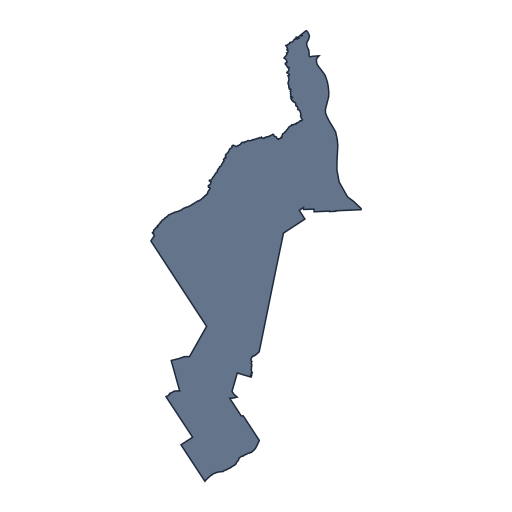 San Lorenzo, Santa Fe, Argentina (orthographic projection)
{"feature_id": "61730980B18182396698532", "entity_name": "San Lorenzo", "entity_type": "district", "adm_level": 2, "iso_a3": "ARG", "parent_name": "Argentina", "parent_adm1": "Santa Fe", "projection": "orthographic", "projection_center": [-60.967, -32.936], "detail": "fine", "context": "isolated", "style": "filled", "palette": "slate", "viewbox_px": 512, "rotation_deg": 0, "n_neighbors": 0, "source": "geoboundaries", "source_scale": "gbopen_adm2", "svg_char_len": 5993}
<svg xmlns="http://www.w3.org/2000/svg" viewBox="0 0 512 512"><path d="M319.1,55.8L312.4,56.3L310.1,56.8L309.5,56.6L309.2,56.1L309.0,51.5L308.6,49.6L307.4,47.2L306.9,45.8L306.7,43.3L307.1,42.0L308.6,39.3L309.1,37.6L309.4,35.9L308.7,33.9L307.7,32.1L306.5,30.7L305.9,30.8L302.0,33.9L301.9,34.6L302.2,35.5L301.9,35.9L301.4,35.9L301.2,35.6L301.4,34.6L301.1,34.6L298.8,36.7L298.6,37.3L299.2,38.0L298.7,38.3L297.1,37.1L296.1,37.1L296.1,37.7L297.3,38.7L297.3,38.9L295.0,38.7L294.7,39.4L293.6,40.1L293.1,41.3L292.5,41.9L289.9,42.5L289.7,42.6L289.5,43.7L288.1,44.3L287.2,45.2L286.3,45.2L285.8,45.5L287.5,48.0L287.6,48.5L286.9,49.3L286.8,49.8L287.9,50.2L288.0,51.5L287.8,52.2L286.6,52.8L287.1,53.9L285.8,56.0L284.3,57.5L284.0,58.1L285.7,59.2L286.2,59.9L286.7,61.3L287.2,62.0L286.9,62.5L285.6,62.9L285.2,63.7L285.3,64.1L287.2,66.4L287.5,67.4L287.9,67.7L288.9,67.3L289.1,67.7L288.6,70.8L286.8,72.5L287.1,73.0L288.2,73.4L289.5,74.8L289.2,75.3L288.0,75.6L288.1,76.3L288.8,77.7L289.0,79.2L288.0,83.2L288.4,84.6L288.9,85.4L288.7,86.9L289.4,89.2L289.7,89.3L290.5,89.0L290.9,89.5L290.9,90.3L290.2,91.6L290.7,92.3L290.5,94.0L290.9,95.7L290.6,96.6L292.1,96.9L292.5,97.3L292.2,97.7L290.9,98.2L290.8,98.6L291.3,99.0L292.1,100.6L292.9,100.9L293.2,101.7L293.6,102.0L294.1,101.7L294.3,101.9L295.4,103.2L295.9,104.1L295.8,105.5L296.3,106.1L296.9,106.4L297.7,107.5L298.0,108.6L297.7,109.4L298.4,109.9L299.2,110.1L299.8,110.8L300.6,112.9L300.6,114.0L301.0,114.6L300.9,115.1L300.5,115.8L300.5,116.1L301.0,116.8L301.3,118.4L302.4,119.4L302.3,120.1L301.1,121.0L300.3,120.6L298.6,122.2L297.6,122.8L296.5,123.0L296.5,123.7L296.1,124.0L295.3,123.8L294.2,124.4L293.5,124.5L292.7,125.2L291.9,124.7L291.6,124.8L291.2,125.7L289.7,126.4L288.9,127.1L287.3,129.5L286.6,130.0L286.0,131.2L285.0,131.8L284.4,132.9L282.6,133.9L282.1,135.9L281.5,136.4L281.9,137.4L281.7,137.8L280.6,137.8L280.1,138.6L278.9,138.7L278.5,139.5L278.1,139.4L277.4,138.4L276.8,138.2L276.4,137.7L276.2,136.9L275.2,136.4L274.7,136.4L274.2,136.2L273.6,134.6L273.0,134.2L271.3,135.3L270.0,135.7L269.6,136.2L268.9,136.2L268.5,136.7L266.1,136.9L265.5,137.5L264.6,137.6L263.7,138.5L262.7,137.9L261.8,137.8L261.4,137.2L260.8,137.9L260.0,137.5L259.0,138.1L258.4,138.0L257.8,138.6L257.1,138.4L256.2,139.0L255.1,139.0L254.4,139.6L253.8,139.5L252.9,139.9L252.3,139.7L251.9,140.3L251.1,140.6L249.6,140.7L248.0,140.5L247.2,141.1L245.5,141.8L245.0,141.7L244.1,142.7L243.1,142.2L241.8,142.5L241.1,143.5L240.7,143.7L240.4,144.4L238.5,145.5L237.9,145.5L236.7,146.6L234.1,145.6L233.6,145.2L232.5,145.5L231.9,146.2L232.0,147.5L230.5,148.5L229.8,148.8L229.0,150.7L227.8,152.7L225.6,154.7L225.5,155.2L225.8,155.9L225.2,157.1L225.8,157.5L225.9,157.8L225.8,158.1L224.4,158.5L223.6,159.2L223.5,159.8L224.0,160.2L224.0,160.5L223.6,161.8L223.0,162.0L222.7,162.9L221.5,164.4L221.5,165.2L220.7,166.4L220.3,166.7L219.7,166.6L219.1,168.2L218.2,169.0L217.2,170.9L217.3,171.9L217.2,172.2L215.7,173.1L214.2,175.8L212.6,177.6L212.5,178.4L212.1,178.9L210.6,180.3L209.6,180.1L209.3,180.4L209.3,180.8L209.9,181.3L211.0,181.6L210.4,184.2L208.3,185.7L208.5,187.3L209.6,187.3L209.6,188.0L210.0,188.3L210.1,188.6L208.1,191.4L207.6,192.8L207.7,193.5L206.6,194.3L206.3,195.2L205.2,195.4L204.8,195.9L204.4,196.9L203.4,197.1L203.0,198.0L202.1,198.4L201.0,199.6L199.6,200.3L199.1,200.9L197.5,201.0L196.3,202.2L195.3,202.4L193.8,203.7L192.3,204.2L191.5,205.2L190.3,205.5L188.4,206.7L186.8,207.2L186.0,207.2L185.3,207.7L183.6,208.3L181.0,210.2L179.9,210.5L178.6,211.2L174.1,212.4L173.2,213.2L171.9,213.3L170.6,214.3L168.6,214.8L167.6,216.1L166.5,216.8L166.1,217.4L165.6,217.6L165.3,218.0L164.7,218.0L164.1,219.1L162.1,220.3L161.1,221.9L160.4,222.1L160.4,223.0L159.9,223.2L158.2,225.3L157.6,225.5L158.0,226.3L157.9,226.5L157.1,226.6L157.0,227.5L156.1,227.5L154.6,229.5L153.9,229.8L153.6,232.2L153.3,232.4L152.6,232.3L152.4,232.5L152.5,233.1L153.5,233.9L153.6,234.6L154.3,235.3L154.4,236.0L153.2,237.2L153.1,237.9L152.0,239.1L150.9,241.0L206.6,326.4L189.5,356.6L184.4,356.6L178.8,358.6L171.2,360.5L179.7,391.0L178.6,390.8L177.4,391.0L176.9,390.9L174.2,391.1L174.1,391.4L172.9,391.8L172.3,392.4L170.9,393.0L170.2,393.0L169.8,393.4L169.9,393.7L169.2,394.2L169.2,394.6L167.6,396.1L166.9,396.1L166.0,396.7L192.6,437.2L181.0,444.8L204.9,481.3L206.5,479.4L210.4,475.8L211.4,475.2L211.5,474.9L212.1,474.8L212.9,474.1L213.0,473.8L215.1,473.2L216.1,472.5L216.5,472.6L216.8,472.3L217.9,472.3L218.7,471.9L221.7,471.7L222.5,471.4L223.1,471.6L224.3,470.6L225.7,470.0L226.5,469.9L227.0,469.4L227.9,469.1L228.0,468.7L229.9,468.1L231.2,467.3L231.7,466.6L232.6,466.4L233.7,465.4L234.0,465.5L235.1,464.8L235.8,463.9L236.1,463.8L236.7,462.0L237.8,461.3L238.1,460.4L238.9,459.4L238.9,458.3L239.2,457.8L239.6,457.7L241.5,456.3L242.1,456.4L242.6,456.1L243.1,456.1L243.7,455.7L244.0,455.3L244.5,455.3L245.5,454.4L246.0,454.5L246.9,454.1L247.6,453.5L248.6,453.1L249.4,453.2L250.1,452.6L251.5,452.4L252.3,451.4L253.1,451.0L253.4,450.5L254.2,449.9L255.6,448.2L257.8,443.9L258.0,442.8L258.3,442.6L259.3,440.6L259.3,440.4L243.2,415.8L241.2,415.9L229.7,398.2L232.8,398.2L237.2,397.1L234.1,394.5L232.0,391.4L237.3,373.0L251.0,377.1L251.2,376.7L250.8,376.4L250.6,375.5L251.1,375.5L251.6,375.8L251.8,375.0L251.6,374.3L251.2,373.7L251.6,373.5L251.7,373.0L252.1,373.1L252.4,372.7L251.6,371.6L251.2,369.7L251.5,369.2L251.4,367.8L251.6,366.9L251.4,366.5L251.8,366.0L251.6,365.4L251.8,365.0L251.7,364.0L251.1,363.0L251.9,361.4L251.0,360.6L251.1,358.8L252.1,357.1L252.3,356.3L253.1,356.3L254.5,355.7L256.5,354.3L259.2,351.8L275.7,270.6L283.5,233.1L304.9,219.1L299.3,210.3L303.5,207.5L303.6,209.5L313.9,209.1L314.1,211.8L329.5,211.1L329.5,211.6L335.8,211.3L335.8,210.8L361.1,209.7L361.1,208.5L353.6,201.4L347.5,196.8L339.2,182.1L336.9,170.0L337.0,161.2L337.8,145.6L337.3,139.8L335.6,131.9L332.1,125.8L329.3,121.3L327.0,116.7L325.5,113.0L325.4,109.6L328.7,96.6L328.8,92.2L328.3,86.8L327.4,82.0L325.5,76.2L324.4,74.2L318.2,66.0L316.9,63.8L316.4,60.4L316.5,59.5L316.8,58.6L317.7,57.3L319.1,55.8Z" fill="#64748b" stroke="#1e293b" stroke-width="1.5"/></svg>